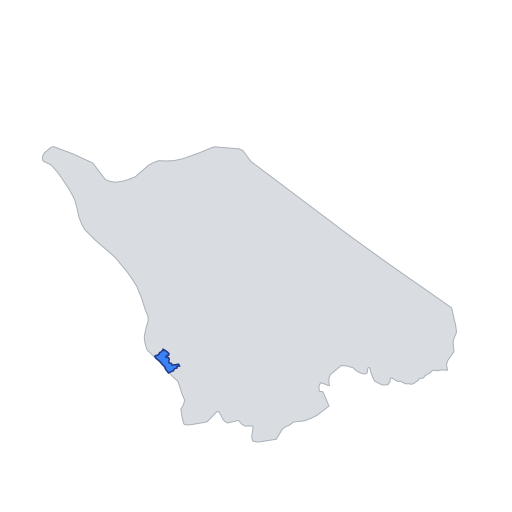 location of Jarablus, Aleppo, Syria, rotated 248°
{"feature_id": "27442178B60985416821817", "entity_name": "Jarablus", "entity_type": "district", "adm_level": 2, "iso_a3": "SYR", "parent_name": "Syria", "parent_adm1": "Aleppo", "projection": "robinson", "projection_center": [38.008, 36.678], "detail": "fine", "context": "in_parent", "style": "filled", "palette": "blue", "viewbox_px": 512, "rotation_deg": 248, "n_neighbors": 0, "source": "geoboundaries", "source_scale": "gbopen_adm2", "svg_char_len": 4319}
<svg xmlns="http://www.w3.org/2000/svg" viewBox="0 0 512 512"><g transform="rotate(248 256 256)"><path d="M85.6,183.7L89.7,184.1L98.3,189.2L99.7,189.1L102.3,182.4L104.9,180.1L110.2,178.1L111.8,167.2L114.3,165.1L117.3,164.0L121.9,163.8L125.9,163.1L126.2,161.2L120.6,148.6L121.1,145.4L123.9,132.8L125.6,127.8L127.3,126.2L133.6,126.9L142.5,129.1L144.8,132.7L149.2,135.9L155.7,135.7L163.2,136.3L169.1,136.6L173.8,134.3L184.4,130.0L189.6,128.6L194.4,126.7L209.7,119.8L215.9,120.3L220.1,121.2L223.3,122.3L230.5,127.1L236.5,131.9L240.7,133.3L248.2,133.2L259.1,134.1L272.4,134.1L280.2,132.7L290.2,130.4L307.9,124.7L331.1,112.8L344.8,107.1L350.6,106.4L358.3,106.3L366.1,107.8L374.8,108.9L378.8,108.8L388.3,107.6L400.5,105.2L408.1,103.3L417.4,100.0L423.1,94.7L425.0,94.1L427.4,95.1L428.5,95.5L430.9,98.5L433.5,106.4L433.6,107.2L433.1,109.5L427.2,115.9L419.1,124.7L413.2,130.2L403.4,139.5L396.0,141.5L383.4,144.9L380.1,148.2L377.0,153.4L375.3,160.6L374.8,165.1L374.6,173.5L377.6,182.3L380.5,190.6L381.0,196.2L380.8,201.6L378.1,207.5L375.2,215.5L373.6,224.5L372.9,241.4L373.0,255.9L372.8,258.3L367.7,268.5L361.7,280.4L358.9,283.2L345.6,286.7L331.1,295.4L314.9,305.2L300.1,314.1L284.6,323.4L268.5,333.1L257.0,340.0L241.6,349.2L227.6,358.0L213.3,367.0L202.5,373.8L186.0,384.5L176.3,390.8L162.1,400.1L149.6,408.2L134.7,417.9L116.2,415.0L110.3,413.4L105.5,408.8L102.0,406.3L93.2,403.8L87.7,395.1L84.3,392.1L78.4,390.7L81.0,385.2L81.5,381.5L84.0,377.1L82.5,374.1L81.7,367.9L80.6,366.4L80.2,364.8L81.1,362.8L80.8,360.7L79.8,359.9L79.4,356.8L78.6,354.5L79.0,351.7L80.3,349.9L81.7,346.4L83.2,345.3L85.7,343.1L86.4,340.9L88.6,338.6L91.6,336.8L92.3,335.3L91.9,334.5L88.9,332.9L87.3,330.0L88.7,325.7L89.7,324.4L91.5,322.4L95.5,319.3L98.7,318.8L101.4,318.8L105.9,319.0L109.5,319.6L110.4,318.8L110.3,317.8L105.9,315.2L105.7,313.2L106.8,311.0L109.9,307.6L113.6,305.1L115.5,304.6L119.7,299.6L122.5,293.9L118.1,280.2L115.5,278.0L111.2,276.1L108.7,275.8L108.5,274.9L111.9,271.4L114.3,268.4L111.7,265.5L106.9,264.1L105.1,267.1L99.0,267.4L89.5,267.4L85.4,252.8L84.9,246.6L85.0,239.3L88.0,228.7L86.7,223.8L86.6,220.5L85.9,215.9L78.5,206.1L82.7,188.1L85.6,183.7Z" fill="#d9dde1" stroke="#a8b0b8" stroke-width="1"/><path d="M184.5,143.9L184.8,143.6L184.9,143.3L185.1,142.2L185.2,141.3L185.3,140.6L185.5,140.1L185.9,139.4L185.9,138.7L185.9,137.8L186.1,137.7L186.3,137.4L186.6,137.2L187.0,137.2L187.7,137.4L188.3,137.2L188.5,136.8L188.8,136.2L189.1,135.8L189.3,135.4L189.9,135.3L190.6,135.5L191.3,135.9L191.9,136.2L192.7,136.9L193.2,136.9L193.7,136.9L194.1,136.8L194.5,136.9L195.0,136.2L195.3,135.7L195.5,135.0L195.8,134.8L196.2,134.6L196.4,134.6L196.6,134.7L196.7,134.9L196.7,135.3L196.8,135.7L196.8,136.1L196.8,136.6L196.7,137.0L196.7,137.6L197.3,137.6L197.4,138.0L197.5,138.3L197.6,138.5L197.8,138.7L198.1,138.7L198.4,138.6L198.7,138.3L199.2,138.3L200.0,138.0L200.6,137.5L201.4,137.1L202.5,136.5L202.6,136.3L202.7,135.7L202.8,135.5L203.2,135.6L203.7,135.6L204.4,134.8L204.3,134.7L204.2,134.7L203.9,134.6L203.7,134.5L203.7,134.4L203.5,134.2L203.4,134.1L203.4,133.9L203.4,133.7L203.3,133.4L203.2,133.3L203.2,133.2L203.1,132.9L202.9,132.7L202.8,132.4L202.7,132.3L202.7,132.2L202.6,131.9L202.6,131.7L202.5,131.4L202.5,131.2L202.5,130.9L202.6,130.7L202.5,130.4L202.4,130.3L202.4,130.2L202.2,130.1L201.9,129.9L201.8,129.7L201.7,129.7L201.5,129.4L201.4,129.3L201.4,129.2L201.3,128.9L201.2,128.9L201.2,128.7L201.1,128.4L201.0,128.2L200.9,128.1L200.9,127.9L200.9,127.7L200.9,127.4L200.9,127.2L200.9,126.9L201.0,126.8L201.0,126.7L201.1,126.4L201.2,126.2L201.2,125.9L201.3,125.9L201.3,125.7L201.2,125.7L201.2,125.4L201.2,125.2L201.0,124.9L200.9,124.9L200.8,124.7L200.7,124.6L199.3,124.8L199.0,124.9L198.9,125.0L198.2,125.2L197.2,125.7L195.6,126.7L194.5,127.3L192.0,128.1L191.4,128.3L189.4,129.0L189.1,129.2L188.2,129.7L186.9,129.9L185.1,129.7L184.7,129.7L184.3,129.8L183.8,130.0L183.0,130.4L181.9,130.5L180.9,130.8L180.3,131.2L180.6,131.5L180.6,131.8L180.5,132.4L180.5,133.1L180.6,135.0L180.6,135.7L180.5,136.3L180.5,136.5L180.9,136.9L181.4,137.3L181.9,138.0L182.1,138.4L182.1,138.7L182.0,139.0L181.9,139.4L181.7,139.8L181.8,140.4L181.9,140.9L182.2,140.8L182.7,140.9L182.9,141.2L183.3,141.7L183.3,142.1L183.0,142.5L182.9,142.8L182.7,143.3L182.7,143.9L182.9,143.8L183.5,143.7L183.9,143.8L184.5,143.9Z" fill="#3b82f6" stroke="#1e3a8a" stroke-width="1.5"/></g></svg>